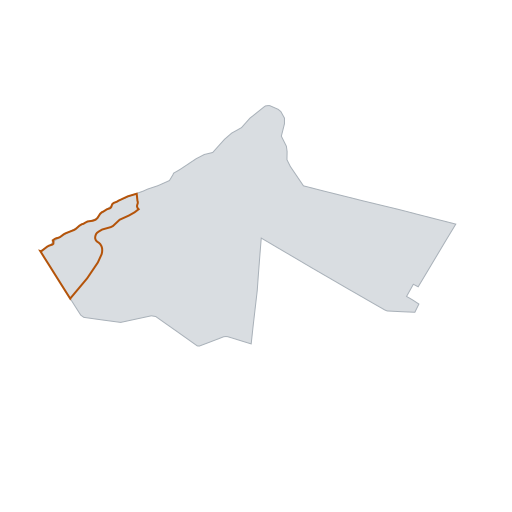 where Aqaba sits in Jordan, rotated 48°
{"feature_id": "JOR-849", "entity_name": "Aqaba", "entity_type": "Province", "adm_level": 1, "iso_a3": "JOR", "parent_name": "Jordan", "parent_adm1": "", "projection": "albers", "projection_center": [35.24, 29.976], "detail": "fine", "context": "in_parent", "style": "outline", "palette": "amber", "viewbox_px": 512, "rotation_deg": 48, "n_neighbors": 0, "source": "natural_earth", "source_scale": "10m", "svg_char_len": 2457}
<svg xmlns="http://www.w3.org/2000/svg" viewBox="0 0 512 512"><g transform="rotate(48 256 256)"><path d="M165.3,140.9L172.6,142.6L176.8,146.4L183.9,157.0L194.8,160.0L199.2,163.0L205.2,168.6L212.5,170.6L235.6,173.8L253.8,161.7L269.2,151.3L286.6,139.6L298.4,131.5L318.4,117.8L331.6,109.1L348.9,97.6L366.0,86.2L371.3,103.8L376.6,121.0L382.1,138.8L387.4,156.1L382.3,158.0L386.8,171.2L393.5,169.0L400.7,167.1L404.1,175.6L394.4,185.5L384.6,195.3L382.3,196.4L369.2,200.7L342.6,209.4L324.6,215.2L301.7,222.6L282.6,228.6L263.7,234.6L246.2,240.1L256.4,250.9L272.1,267.4L282.6,278.3L295.1,292.5L306.2,305.1L318.1,318.4L310.1,323.2L296.9,331.1L295.5,332.5L294.4,334.0L289.2,347.6L285.0,358.4L283.5,359.8L264.8,364.0L245.9,368.3L233.9,371.0L230.4,373.8L222.7,387.2L214.8,401.0L201.4,412.4L186.4,425.0L182.7,425.8L171.8,424.0L153.2,420.8L135.2,417.7L122.9,415.5L108.0,412.9L110.2,402.3L109.6,396.7L113.2,378.0L115.3,369.2L116.3,362.7L121.4,349.5L120.8,345.2L121.9,330.0L121.4,327.0L123.7,318.8L128.0,306.7L132.3,296.4L133.8,291.7L138.1,281.9L142.0,269.8L140.0,263.2L139.3,261.9L140.9,254.3L142.7,241.9L143.7,235.2L146.0,226.4L150.1,218.9L148.2,201.3L148.4,191.8L150.9,180.9L149.5,168.3L150.6,150.2L150.8,148.6L152.3,146.4L153.4,145.2L161.8,141.4L165.3,140.9Z" fill="#d9dde1" stroke="#a8b0b8" stroke-width="1"/><path d="M108.4,396.3L108.7,394.1L109.2,392.4L110.1,390.9L110.8,388.9L111.2,384.3L111.7,382.3L115.0,373.6L115.3,371.9L115.3,367.0L115.8,364.3L116.1,363.6L116.5,363.0L116.7,362.3L116.8,361.3L117.6,358.1L120.6,353.7L121.7,351.0L121.7,348.4L120.3,343.5L120.3,341.2L120.8,339.8L121.5,335.6L121.9,334.6L122.3,333.8L122.7,332.9L122.9,331.8L122.7,330.7L121.7,329.0L121.3,328.2L121.3,326.3L122.6,323.0L122.9,321.1L125.9,311.3L129.9,303.0L131.0,303.8L135.7,307.2L136.8,307.7L137.7,308.6L138.5,310.0L139.3,311.1L140.3,311.6L141.1,311.9L142.7,311.9L142.3,317.0L140.9,323.3L137.8,333.1L138.0,342.2L137.4,344.5L133.4,352.6L132.6,356.6L132.4,358.7L132.7,360.2L133.1,361.0L133.6,361.9L134.3,362.8L135.1,363.6L136.1,364.1L137.2,364.5L138.3,364.5L139.4,364.4L140.3,364.1L141.2,363.9L143.0,363.8L145.0,364.2L146.3,364.7L147.7,365.5L149.1,366.7L150.3,368.0L151.4,369.6L155.0,377.9L159.6,396.4L163.2,421.9L163.4,422.6L155.1,421.2L144.7,419.4L134.9,417.7L124.0,415.8L115.7,414.4L107.9,413.0L108.8,412.4L109.3,405.0L109.8,402.9L111.3,399.6L111.3,398.4L109.8,396.9L108.9,396.9L108.8,396.6L108.8,396.4L108.7,396.3L108.4,396.3Z" fill="none" stroke="#b45309" stroke-width="2"/></g></svg>